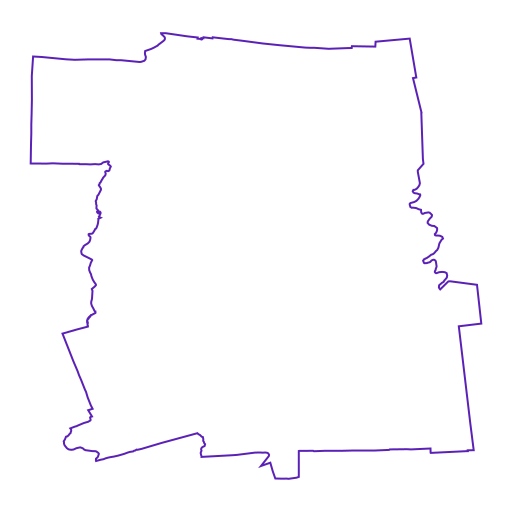 outline of Barla, Arges, Romania
{"feature_id": "2599482B83740552366716", "entity_name": "Barla", "entity_type": "district", "adm_level": 2, "iso_a3": "ROU", "parent_name": "Romania", "parent_adm1": "Arges", "projection": "natural_earth1", "projection_center": [24.78, 44.442], "detail": "fine", "context": "isolated", "style": "outline", "palette": "violet", "viewbox_px": 512, "rotation_deg": 0, "n_neighbors": 0, "source": "geoboundaries", "source_scale": "gbopen_adm2", "svg_char_len": 5825}
<svg xmlns="http://www.w3.org/2000/svg" viewBox="0 0 512 512"><path d="M473.7,450.2L470.2,422.6L458.8,326.3L481.3,323.6L477.0,284.8L450.3,281.3L448.8,281.3L448.1,281.6L440.2,289.4L439.5,288.6L438.9,287.4L439.1,285.3L442.0,282.8L443.7,281.8L444.3,280.5L445.2,279.6L446.8,277.6L447.2,275.5L446.6,273.1L444.8,272.2L442.2,271.9L439.1,272.2L436.7,273.1L435.9,273.1L435.2,272.6L434.8,271.9L435.0,271.0L435.6,270.0L435.8,268.7L436.3,267.6L436.6,266.3L435.9,261.7L435.5,260.7L434.6,260.0L433.9,259.7L433.1,259.8L431.5,260.5L430.3,261.9L428.9,262.5L428.1,262.6L426.8,263.1L424.5,263.2L424.0,262.9L423.1,260.7L424.0,259.3L424.7,259.2L425.1,258.7L426.6,258.1L428.9,256.6L431.2,254.7L432.0,254.5L433.5,253.8L434.9,252.4L435.8,251.2L437.2,250.0L438.4,247.7L439.2,244.1L439.5,243.2L441.6,239.7L443.0,238.6L442.3,236.9L440.1,235.8L438.8,235.6L435.9,235.5L435.1,235.2L434.8,234.1L436.1,232.7L436.9,230.9L437.2,229.0L437.0,228.0L434.3,226.0L431.9,225.8L429.2,224.7L427.6,222.9L427.8,221.4L429.6,218.8L431.5,216.9L431.9,215.9L432.0,215.0L431.3,214.2L429.7,212.7L428.4,212.4L424.7,213.0L423.5,213.7L422.3,213.8L421.5,212.9L421.2,212.3L421.0,209.8L418.6,209.2L416.5,208.2L415.2,207.9L414.0,207.8L412.9,207.6L411.8,207.8L410.4,207.0L409.7,204.7L409.8,203.6L410.6,203.0L414.3,202.0L416.5,200.8L418.5,198.7L419.7,196.7L420.3,195.2L420.1,194.4L419.2,194.3L417.1,193.5L414.7,193.2L413.5,192.6L412.7,191.2L413.4,189.9L414.5,189.9L416.6,188.8L417.9,187.4L419.3,185.4L419.9,183.2L417.8,171.8L417.8,170.3L423.5,163.8L422.9,159.1L421.3,112.7L421.5,112.6L413.0,78.1L416.3,77.5L409.7,38.6L375.6,41.7L375.3,46.6L351.9,46.2L351.7,48.0L347.2,48.1L328.7,48.8L314.4,47.8L310.4,47.8L305.4,47.6L279.5,45.2L263.0,43.5L243.4,40.9L233.7,39.7L231.1,39.1L228.7,39.1L223.1,38.5L212.7,37.3L212.5,38.4L203.5,37.3L203.4,38.3L201.4,38.1L201.4,38.8L202.0,38.8L202.0,39.0L202.0,39.3L201.7,39.5L201.2,39.4L201.2,39.0L197.5,38.7L197.7,37.5L187.0,36.3L165.8,33.2L161.1,33.2L161.3,34.0L162.8,35.3L164.6,37.1L164.9,38.0L164.9,39.0L164.5,39.9L163.5,40.9L158.3,44.8L157.8,45.5L153.6,47.8L151.0,49.0L145.2,51.0L144.9,52.9L145.1,54.7L145.9,57.0L145.5,59.4L144.3,60.8L140.9,61.9L139.6,62.0L121.0,60.2L116.4,60.2L109.6,59.4L88.2,59.4L74.8,59.8L65.9,59.3L41.8,57.0L33.1,56.5L31.8,76.0L31.9,100.1L31.6,114.3L31.3,124.6L31.3,133.7L31.0,144.5L30.7,163.5L46.7,163.6L52.8,163.3L61.9,163.7L79.0,163.8L79.1,164.1L79.3,164.2L86.6,164.2L90.2,164.4L95.1,164.1L98.7,164.4L101.1,164.0L103.2,162.4L108.0,161.3L108.8,161.7L108.9,162.0L108.1,163.5L108.1,164.0L108.6,164.6L109.6,165.2L110.7,166.3L110.8,166.6L109.8,168.5L109.5,170.1L109.3,170.5L108.3,171.1L107.7,171.1L106.8,170.8L106.1,171.1L105.3,171.6L105.2,171.9L105.7,173.7L105.3,175.3L103.1,177.7L102.7,178.7L102.0,179.5L101.5,180.7L100.9,181.4L100.6,182.4L99.7,183.1L99.4,184.4L98.8,185.1L99.0,185.6L99.7,186.5L100.8,188.3L101.0,189.0L100.9,189.9L98.4,194.8L97.6,195.6L97.3,196.0L96.7,199.3L95.7,201.1L96.1,202.5L96.1,204.1L96.6,205.4L96.4,208.2L96.5,208.6L97.8,210.0L98.1,210.5L97.1,211.5L97.0,211.9L97.5,212.7L98.3,213.4L98.7,213.1L99.2,211.6L99.8,211.6L100.4,212.2L100.6,212.8L100.5,213.5L99.5,215.8L98.9,216.7L99.1,217.0L100.6,217.7L98.3,218.8L98.4,219.8L98.0,223.1L97.5,225.1L96.5,227.8L96.1,228.5L95.1,229.1L94.6,230.3L92.9,233.0L92.3,233.5L91.9,233.7L89.1,233.9L88.7,234.1L88.6,234.6L88.8,235.5L90.2,236.7L90.5,237.3L90.4,238.5L90.1,240.0L89.4,241.8L87.8,243.4L85.0,245.1L83.6,246.2L83.4,246.6L83.3,247.4L82.7,247.9L81.4,250.4L81.2,251.4L81.6,253.7L81.9,254.2L83.7,255.5L88.4,257.8L91.9,259.6L92.2,260.1L90.8,262.8L90.0,265.5L89.1,267.6L89.2,270.1L90.0,272.3L91.0,274.2L91.4,276.1L92.8,279.7L94.3,282.2L95.5,283.8L95.9,284.5L95.9,285.2L94.8,286.5L91.8,289.0L92.5,290.9L92.0,298.8L91.2,301.9L91.2,303.6L91.9,305.9L93.3,308.4L94.4,310.7L94.9,311.4L95.3,311.5L95.2,311.8L95.5,312.5L95.4,313.0L93.0,314.2L92.3,314.7L90.9,315.1L90.7,315.8L90.2,315.9L89.7,316.4L89.6,316.7L90.0,316.6L90.0,316.8L89.5,317.2L89.2,317.0L88.9,317.1L88.3,317.9L88.2,318.2L88.4,318.5L87.8,318.7L87.6,319.0L87.8,319.6L87.3,319.9L87.1,320.5L87.1,321.9L87.3,322.2L87.7,322.2L87.8,322.7L87.8,322.9L87.3,322.9L87.6,324.1L87.5,325.1L87.9,325.7L87.9,326.6L76.8,329.5L62.5,333.6L73.4,361.3L77.7,371.4L79.0,375.1L81.1,379.9L84.9,389.5L86.0,391.8L87.7,397.5L90.8,405.3L92.6,408.8L88.2,410.2L92.0,416.5L90.6,416.9L90.2,417.3L90.1,417.5L90.6,419.7L90.6,420.0L90.3,420.5L88.1,421.8L83.9,423.0L77.9,425.5L76.5,426.2L74.9,426.6L70.3,428.4L71.0,429.3L71.2,430.2L71.2,430.9L70.6,432.6L70.6,433.0L69.5,434.0L68.8,435.0L67.4,436.4L66.5,436.5L66.0,436.7L64.9,439.5L63.7,441.3L64.0,442.2L64.0,443.6L64.6,445.3L66.9,448.2L68.2,449.1L69.1,449.5L71.4,449.8L73.6,449.5L76.4,448.2L79.4,447.5L80.4,447.4L82.1,448.0L83.2,448.6L84.2,449.6L85.6,450.2L92.4,451.1L95.5,451.2L96.4,451.5L98.2,452.8L98.8,453.6L98.8,454.1L97.9,456.8L97.3,457.5L96.0,458.7L95.9,460.1L96.1,461.0L100.8,459.7L103.5,459.2L105.7,458.3L107.8,457.7L110.6,457.1L113.8,456.6L118.2,455.6L124.1,453.9L127.6,452.6L129.9,451.9L133.2,451.4L134.1,450.7L135.3,450.5L136.5,449.6L137.4,449.8L141.5,448.9L161.7,442.9L197.4,433.2L198.4,434.2L200.0,435.0L201.7,436.7L202.9,437.1L203.3,439.2L203.2,440.9L203.8,441.7L204.1,442.9L205.1,444.2L204.6,446.0L203.9,446.4L203.1,446.7L201.8,447.6L201.3,448.5L201.1,449.3L201.5,450.7L200.8,452.4L200.7,453.2L201.3,455.8L201.7,456.4L201.6,456.9L232.7,455.2L236.9,454.9L255.1,452.6L260.4,452.5L262.7,452.7L265.2,452.5L267.2,452.8L268.0,453.2L268.9,454.4L269.1,454.9L268.8,456.1L261.0,466.0L270.3,462.7L272.8,471.4L275.3,478.5L282.6,478.7L286.3,478.6L288.7,478.8L296.5,477.7L298.8,476.9L298.8,454.1L298.8,451.0L299.1,450.9L313.2,450.8L313.9,451.2L314.6,451.2L324.9,450.8L341.8,450.8L354.1,450.5L375.4,450.5L389.1,449.9L389.8,449.4L406.9,449.2L411.2,449.4L430.5,448.5L430.6,452.6L430.7,452.9L430.9,452.9L467.6,451.1L467.8,451.1L467.7,450.3L473.7,450.2Z" fill="none" stroke="#5b21b6" stroke-width="2"/></svg>